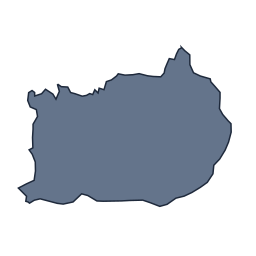 the district of Theletra, Paphos, Cyprus, rotated 277°
{"feature_id": "46923920B20325218232467", "entity_name": "Theletra", "entity_type": "district", "adm_level": 2, "iso_a3": "CYP", "parent_name": "Cyprus", "parent_adm1": "Paphos", "projection": "robinson", "projection_center": [32.457, 34.915], "detail": "fine", "context": "isolated", "style": "filled", "palette": "slate", "viewbox_px": 256, "rotation_deg": 277, "n_neighbors": 0, "source": "geoboundaries", "source_scale": "gbopen_adm2", "svg_char_len": 1322}
<svg xmlns="http://www.w3.org/2000/svg" viewBox="0 0 256 256"><g transform="rotate(277 128 128)"><path d="M41.4,39.4L44.9,43.8L47.0,49.4L44.6,67.0L44.6,73.0L47.9,82.5L57.0,90.0L56.1,96.3L51.8,106.0L52.3,112.3L54.8,130.1L56.3,138.6L58.2,151.4L56.7,158.7L54.1,169.1L57.0,176.1L64.2,184.1L67.2,192.0L71.8,199.3L77.9,207.0L83.7,213.3L85.5,214.2L92.9,217.9L101.5,217.7L108.4,222.8L117.9,227.1L126.3,229.5L136.5,230.9L144.8,229.7L147.4,226.4L153.0,220.3L158.4,216.4L168.9,215.7L174.6,215.0L179.6,209.5L183.9,204.6L186.8,203.6L188.4,193.5L190.8,186.3L198.4,181.7L208.1,180.4L211.5,175.1L214.6,171.2L214.1,171.4L212.2,168.8L207.4,167.1L201.6,165.8L201.9,160.5L195.8,158.7L191.4,157.5L187.0,157.2L182.8,154.3L182.2,146.6L182.2,141.0L183.3,132.4L181.5,126.4L180.1,118.6L180.6,111.7L178.2,110.3L173.7,105.7L171.4,100.9L163.1,99.5L164.0,94.5L159.1,94.0L161.9,90.4L156.9,88.9L157.5,85.8L155.3,82.8L154.0,78.7L155.6,71.1L156.2,66.7L161.3,63.2L160.9,56.7L162.7,53.3L162.3,52.8L156.0,55.4L147.8,53.0L152.5,49.3L156.4,41.4L151.5,38.1L148.4,31.5L151.9,31.0L153.5,28.2L151.0,25.1L143.1,25.1L137.0,28.4L135.1,34.8L128.4,36.8L120.2,33.3L115.3,33.9L106.9,34.4L96.7,36.0L94.3,32.5L90.2,36.2L83.0,40.1L74.0,41.4L64.6,41.2L60.1,33.9L55.0,26.5L47.9,35.6L42.8,35.5L42.4,37.8L41.4,39.4Z" fill="#64748b" stroke="#1e293b" stroke-width="1.5"/></g></svg>